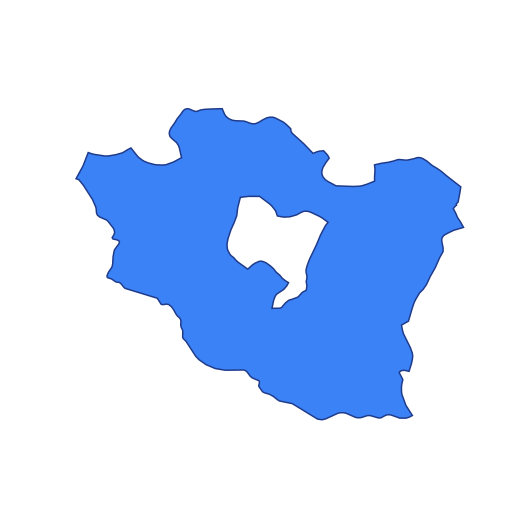 the border of Selenge, rotated 196°
{"feature_id": "MNG-3326", "entity_name": "Selenge", "entity_type": "Province", "adm_level": 1, "iso_a3": "MNG", "parent_name": "Mongolia", "parent_adm1": "", "projection": "mercator", "projection_center": [106.313, 49.491], "detail": "fine", "context": "isolated", "style": "filled", "palette": "blue", "viewbox_px": 512, "rotation_deg": 196, "n_neighbors": 0, "source": "natural_earth", "source_scale": "10m", "svg_char_len": 4311}
<svg xmlns="http://www.w3.org/2000/svg" viewBox="0 0 512 512"><g transform="rotate(196 256 256)"><path d="M151.9,116.2L180.5,124.1L193.4,123.1L195.9,123.8L200.3,125.7L204.9,126.8L209.8,126.8L212.3,127.3L217.3,131.4L217.7,132.4L217.7,133.7L217.8,135.1L218.1,136.2L218.8,136.9L226.1,137.8L228.5,138.9L232.2,141.8L234.1,142.8L236.2,143.1L254.2,137.7L264.2,136.6L274.1,137.8L282.4,140.7L286.3,143.0L299.9,154.8L303.3,156.6L304.2,158.0L305.6,163.3L306.3,164.7L308.2,166.8L308.8,167.8L309.4,169.3L310.2,172.7L311.0,174.2L312.2,175.3L315.0,176.7L316.3,177.6L320.9,182.1L323.4,184.0L326.5,185.3L329.2,185.0L331.6,183.7L333.8,183.4L339.3,188.2L372.9,188.8L374.3,189.5L374.8,189.8L378.2,192.2L380.1,192.9L383.0,192.5L384.1,192.6L388.4,194.1L392.9,194.3L393.8,195.8L393.4,199.5L392.7,201.9L391.9,203.9L391.4,206.1L391.6,209.1L393.2,215.9L393.7,221.2L393.7,223.0L393.1,224.7L391.1,230.1L391.1,231.9L392.2,232.9L394.4,233.2L398.1,232.9L399.3,234.0L398.5,237.1L398.3,239.4L399.3,241.6L400.8,243.4L407.6,248.4L409.5,249.4L417.1,250.4L419.6,251.5L420.9,252.9L421.7,254.7L422.4,256.7L423.3,258.6L428.6,265.1L441.4,276.4L447.3,280.5L450.3,280.7L447.1,294.8L445.8,309.2L442.3,309.0L439.3,309.1L428.7,310.5L425.5,311.5L418.9,314.6L413.1,318.2L411.6,319.6L409.3,322.2L406.0,325.4L397.2,319.1L395.1,318.1L391.7,316.8L389.4,316.2L385.6,315.8L378.9,315.9L376.3,316.3L370.8,317.7L367.9,318.8L361.2,323.6L354.7,330.0L359.5,338.8L360.9,340.7L363.6,343.1L369.4,345.8L371.2,346.9L372.0,347.7L373.1,349.7L373.5,351.9L373.1,355.3L371.1,360.8L369.5,366.5L367.6,371.0L366.2,375.1L365.2,376.9L364.4,377.7L362.5,378.7L360.6,378.9L355.8,378.3L354.0,378.3L352.3,379.0L349.5,381.1L345.6,382.9L340.1,384.8L329.1,388.3L325.2,383.5L323.6,382.2L321.8,381.2L319.6,380.4L316.2,380.0L312.8,380.4L305.6,382.2L303.8,382.4L297.2,382.0L294.2,382.5L292.5,383.4L289.9,385.6L287.6,388.2L283.7,391.8L281.1,393.2L277.8,394.1L274.8,393.9L266.4,392.2L262.9,390.7L257.7,387.9L256.8,385.6L255.0,383.9L240.7,376.9L229.5,370.4L226.6,372.6L224.3,374.1L220.0,375.8L215.3,372.9L213.6,371.4L212.6,370.2L214.5,365.2L216.1,359.5L216.1,356.0L215.5,353.7L215.0,352.6L213.5,350.6L210.5,348.5L207.3,347.4L198.4,345.5L181.5,349.7L175.4,351.8L173.2,352.9L168.7,355.9L162.6,360.7L163.8,364.5L165.4,371.8L167.2,376.3L161.0,379.7L154.6,382.6L149.5,385.5L146.5,387.6L144.6,388.3L139.2,389.3L137.0,389.9L131.1,393.0L128.8,394.6L127.1,395.4L125.1,395.8L122.9,395.7L118.0,394.4L112.0,391.7L105.4,389.9L100.9,388.3L94.4,385.4L78.2,378.9L77.5,373.4L76.6,363.6L77.9,361.2L77.2,360.2L78.2,358.8L79.0,356.9L79.5,356.0L76.0,352.4L72.8,348.5L68.6,344.9L64.4,340.7L73.0,335.2L77.1,331.6L80.2,328.6L81.4,327.0L82.1,325.0L82.0,322.9L81.2,320.8L78.4,315.4L77.4,311.8L79.0,304.9L80.5,294.1L82.8,284.6L84.3,275.3L86.2,269.9L88.6,265.6L90.6,258.0L91.1,255.0L91.4,250.2L91.5,235.4L97.1,229.7L94.8,225.1L92.7,221.8L82.4,210.5L78.8,205.5L77.7,202.7L77.2,199.7L76.9,195.2L77.1,187.3L81.3,187.1L83.2,186.6L84.8,185.7L85.7,184.7L86.3,183.5L80.8,177.7L80.5,172.7L80.1,170.3L78.7,165.6L77.7,163.3L70.7,153.7L61.7,145.8L64.3,143.3L66.9,141.6L73.2,139.8L82.7,140.4L85.8,139.7L87.8,138.3L91.4,134.8L93.7,134.1L102.2,134.1L104.9,133.3L110.5,129.6L112.6,128.8L115.6,128.3L126.2,129.7L128.8,129.4L131.4,128.7L133.7,127.6L143.8,118.9L147.3,116.8L151.9,116.2ZM247.4,252.6L244.4,252.2L239.8,250.6L235.8,248.7L232.1,246.0L227.7,244.0L224.7,241.9L220.7,240.2L217.4,239.4L218.1,236.0L220.0,231.7L225.2,225.5L226.0,224.1L226.3,223.2L226.6,221.2L226.8,218.0L226.2,210.1L218.5,212.5L217.6,213.2L217.2,213.7L214.7,219.1L212.7,222.0L211.3,223.3L210.0,223.9L204.6,227.9L203.9,228.9L201.8,233.2L200.7,234.7L198.3,236.8L198.8,241.3L200.7,245.2L200.9,248.1L201.5,250.8L203.2,253.8L203.8,255.4L204.1,257.0L204.1,257.3L204.2,260.5L203.8,266.5L203.4,269.1L201.0,283.3L199.7,294.4L197.6,304.3L196.0,308.2L201.7,310.4L205.3,311.5L215.1,313.1L217.4,313.3L219.7,313.0L221.8,312.4L222.8,311.8L224.6,310.4L228.2,306.8L233.9,303.2L239.4,301.2L241.7,300.8L246.5,300.4L249.6,304.8L253.9,308.0L257.0,309.7L269.0,314.3L279.5,311.3L287.2,308.1L286.9,297.3L285.6,289.4L286.2,281.9L287.3,274.6L287.7,265.6L287.3,260.3L286.5,257.5L285.4,254.8L284.2,253.2L281.8,250.7L280.2,249.6L276.8,248.2L273.8,246.2L271.0,244.9L260.3,241.1L257.0,246.4L255.0,248.8L251.4,251.8L249.5,252.5L247.4,252.6Z" fill="#3b82f6" stroke="#1e3a8a" stroke-width="1.5"/></g></svg>